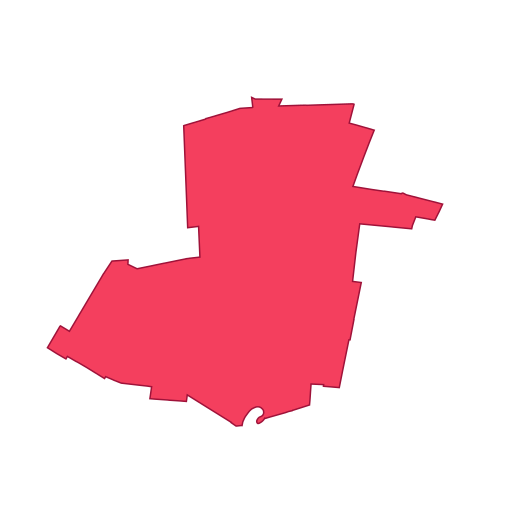 Scortaru Nou, Braila, Romania, rotated 298°
{"feature_id": "2599482B5642728949351", "entity_name": "Scortaru Nou", "entity_type": "district", "adm_level": 2, "iso_a3": "ROU", "parent_name": "Romania", "parent_adm1": "Braila", "projection": "equal_earth", "projection_center": [27.599, 45.348], "detail": "fine", "context": "isolated", "style": "filled", "palette": "rose", "viewbox_px": 512, "rotation_deg": 298, "n_neighbors": 0, "source": "geoboundaries", "source_scale": "gbopen_adm2", "svg_char_len": 2415}
<svg xmlns="http://www.w3.org/2000/svg" viewBox="0 0 512 512"><g transform="rotate(298 256 256)"><path d="M389.4,396.4L385.4,379.8L383.9,373.6L380.6,360.0L380.6,359.2L380.6,356.6L380.4,355.9L380.1,355.5L379.8,355.3L379.5,355.2L379.4,355.2L379.2,355.0L379.1,354.8L373.5,338.9L373.3,338.6L373.2,338.5L369.0,326.8L362.9,308.9L376.1,307.0L389.8,305.2L394.3,304.6L409.8,302.7L419.8,301.6L422.6,301.3L419.1,284.7L418.8,283.3L417.1,275.9L435.9,271.4L436.1,271.1L435.5,269.5L423.4,248.4L417.1,237.4L413.0,230.3L412.7,229.7L412.6,229.3L410.1,224.8L404.6,215.2L399.1,205.6L406.6,205.2L394.2,181.7L394.0,177.7L385.9,183.3L385.3,183.0L378.8,172.5L369.0,162.9L366.0,159.8L354.1,147.6L353.8,147.2L353.2,147.2L337.5,131.3L337.1,131.0L281.7,163.3L248.9,182.4L255.2,191.4L228.7,207.0L222.6,198.1L222.4,197.9L220.8,195.6L220.7,195.6L215.3,189.0L206.7,178.6L206.6,178.4L199.3,169.6L199.1,169.4L188.9,157.0L188.5,146.8L192.5,144.9L183.9,131.2L170.3,129.9L169.5,129.9L169.0,129.7L164.3,129.5L145.2,128.6L134.4,128.1L123.5,127.6L121.9,127.5L118.5,127.4L101.9,126.6L102.5,116.2L101.9,115.9L77.1,114.9L76.9,117.8L76.3,125.7L75.9,136.5L78.8,136.6L78.4,147.1L78.5,147.6L78.1,158.2L78.1,158.4L77.4,168.9L77.4,169.1L76.7,179.8L78.9,179.9L79.6,188.1L79.6,188.9L80.5,196.7L87.8,215.3L90.0,220.8L91.1,223.9L91.6,225.2L88.3,226.4L80.2,229.3L82.3,234.2L87.4,245.6L88.0,247.2L92.1,256.3L94.9,262.8L97.4,261.9L101.1,260.5L100.3,271.8L99.4,284.6L97.8,308.1L97.5,312.3L97.2,312.3L96.5,318.1L96.7,318.6L99.3,322.4L99.7,323.3L103.4,322.2L107.7,321.9L109.6,322.0L113.8,322.6L116.0,323.0L118.7,323.9L120.2,324.9L121.4,325.8L122.6,326.8L122.9,327.2L123.3,327.6L124.3,329.7L124.4,331.7L123.8,333.9L123.0,335.2L121.2,336.4L120.2,336.7L118.6,336.7L117.1,336.1L116.1,335.3L115.2,334.6L113.8,334.1L112.0,333.9L110.6,334.1L109.6,334.8L109.1,335.5L109.0,336.4L109.9,337.4L111.5,338.4L112.7,339.0L113.9,339.4L115.1,339.7L117.0,339.9L117.0,340.5L119.7,343.2L129.2,353.1L131.6,355.6L133.9,357.7L134.6,358.5L136.4,360.6L136.9,360.7L137.4,361.3L149.6,373.2L149.8,373.1L153.8,371.4L168.8,364.7L174.2,376.1L172.7,376.6L172.7,376.8L175.8,384.0L178.9,391.3L196.5,386.0L225.6,377.4L226.1,378.4L245.9,372.3L245.9,372.1L260.4,367.8L282.0,361.4L278.9,353.2L306.1,342.5L333.1,332.5L345.3,361.8L345.8,363.1L353.1,380.7L356.3,379.8L365.6,378.7L369.6,390.9L370.4,393.6L371.6,397.1L379.8,396.9L380.9,396.9L389.4,396.4Z" fill="#f43f5e" stroke="#9f1239" stroke-width="1.5"/></g></svg>